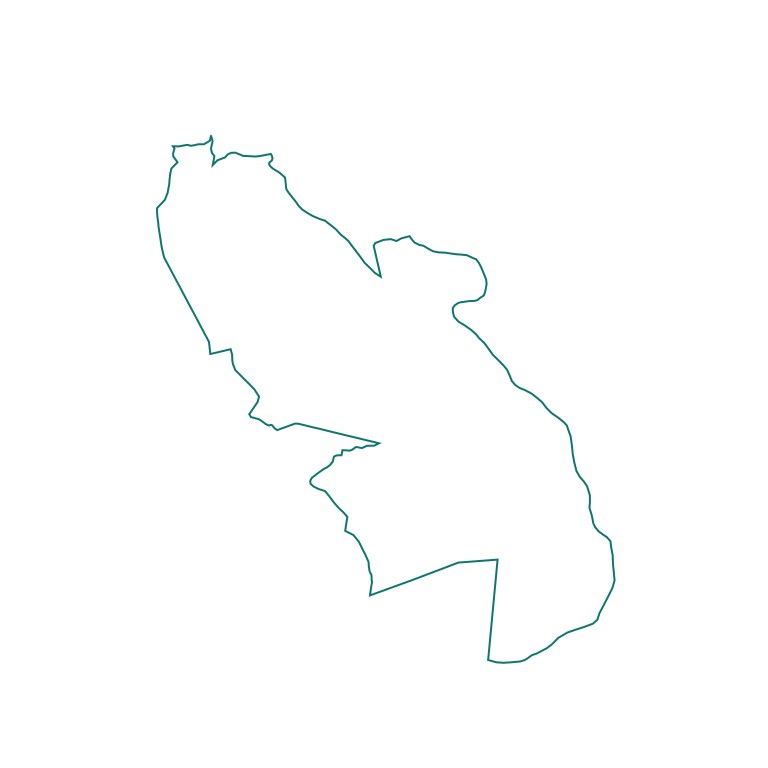 Atlequizayan, Puebla, Mexico, rotated 318°
{"feature_id": "50627088B18003687378579", "entity_name": "Atlequizayan", "entity_type": "district", "adm_level": 2, "iso_a3": "MEX", "parent_name": "Mexico", "parent_adm1": "Puebla", "projection": "robinson", "projection_center": [-97.628, 20.016], "detail": "fine", "context": "isolated", "style": "outline", "palette": "teal", "viewbox_px": 768, "rotation_deg": 318, "n_neighbors": 0, "source": "geoboundaries", "source_scale": "gbopen_adm2", "svg_char_len": 5052}
<svg xmlns="http://www.w3.org/2000/svg" viewBox="0 0 768 768"><g transform="rotate(318 384 384)"><path d="M421.8,83.5L417.4,86.7L412.9,85.8L412.2,85.6L410.7,85.4L408.1,83.1L406.4,81.6L402.6,79.5L399.6,77.5L399.2,76.7L398.1,74.9L394.6,72.6L390.6,70.2L386.2,66.1L385.8,68.9L383.3,70.4L381.4,71.7L379.7,73.9L378.9,81.0L370.1,81.6L369.1,82.4L366.0,84.6L361.4,88.6L357.9,92.0L356.3,93.2L352.3,96.2L351.2,97.1L347.4,99.0L344.5,100.5L342.2,100.7L339.6,100.9L337.2,101.1L332.9,101.5L332.0,102.6L329.9,105.0L327.1,108.6L324.7,112.3L323.1,114.4L322.1,115.7L321.0,117.3L319.6,119.5L319.0,120.3L317.3,123.0L315.0,126.6L313.9,128.2L312.9,129.6L312.6,130.1L310.1,134.0L308.4,137.0L307.9,138.0L307.5,138.6L305.2,143.1L304.1,147.5L303.2,151.2L301.3,158.8L298.1,171.5L296.6,177.8L296.3,178.9L295.4,182.3L291.5,197.9L290.7,201.2L289.6,205.7L287.9,212.6L286.5,218.0L285.9,220.5L285.6,221.6L284.8,224.9L284.0,228.0L283.6,229.9L283.4,230.7L282.6,233.6L282.2,235.4L280.8,237.4L279.4,239.4L279.1,239.8L277.5,242.0L276.5,243.4L275.0,245.5L279.0,247.7L279.5,248.0L293.3,255.5L292.5,257.1L291.1,259.9L290.9,260.3L290.7,260.6L288.4,263.4L287.1,264.9L285.2,267.9L284.3,270.2L283.3,272.8L282.8,274.1L283.2,281.4L283.3,284.2L283.4,286.5L283.8,293.4L284.1,301.0L284.1,301.3L283.2,306.6L282.7,309.8L279.5,311.8L278.0,312.8L263.6,316.3L263.4,317.6L263.0,319.5L264.2,321.4L265.6,323.6L266.2,324.6L267.0,325.6L267.4,326.3L267.7,327.4L268.5,330.6L269.0,333.0L269.3,334.6L269.8,335.9L270.4,337.2L270.9,338.1L271.5,338.3L271.9,338.3L272.4,338.5L272.8,338.9L273.2,339.7L273.2,340.9L273.1,343.0L273.2,344.6L273.5,345.5L273.8,346.8L291.4,353.9L293.6,356.0L298.7,363.4L298.8,363.7L300.7,366.4L302.9,369.6L306.0,374.0L314.4,386.4L322.4,398.1L328.9,407.5L330.9,410.5L332.2,412.4L333.2,413.9L335.3,416.9L338.1,420.9L339.9,423.7L340.6,424.7L335.5,423.3L329.8,418.4L324.8,416.9L323.4,415.2L323.2,414.9L322.2,413.4L321.9,412.9L321.3,412.4L320.5,412.0L319.6,411.9L318.6,411.8L316.6,411.5L316.0,411.5L315.1,411.1L314.6,410.8L313.7,410.5L311.6,408.0L308.8,405.4L304.9,408.4L304.7,408.5L302.1,406.2L300.4,405.1L298.2,404.5L296.4,405.6L295.6,406.3L294.3,407.3L290.0,408.1L285.8,407.8L282.5,406.9L279.6,406.5L275.6,406.1L271.1,405.7L267.5,405.5L265.3,406.2L264.1,407.0L263.9,407.1L263.2,408.2L262.6,409.2L263.1,413.1L264.9,417.7L265.5,418.9L268.5,424.0L268.3,429.5L268.3,429.9L267.5,438.6L267.4,446.0L267.9,451.1L267.9,455.9L267.8,458.3L259.0,465.4L256.9,467.2L259.8,474.8L260.2,475.8L259.8,484.2L255.6,499.4L255.3,500.2L254.1,503.9L253.5,505.8L250.6,509.5L248.5,512.7L247.9,513.7L246.9,517.6L244.0,521.0L243.6,521.6L242.5,523.3L240.3,524.9L232.1,531.7L273.8,548.6L319.8,566.5L350.9,590.5L276.7,658.8L281.2,665.9L286.2,671.1L292.0,675.7L299.4,681.2L303.3,683.1L306.2,683.8L312.5,684.5L317.1,686.5L323.2,688.0L328.2,689.3L334.6,689.8L343.8,689.3L353.9,691.4L363.1,695.3L370.9,698.8L378.9,701.9L384.9,701.9L390.8,698.5L398.1,695.8L408.7,691.8L416.9,688.6L423.9,684.3L433.2,671.7L439.4,664.2L443.3,657.7L447.1,652.3L447.1,646.8L445.8,641.7L444.9,637.0L445.1,631.7L446.3,627.7L450.3,621.0L453.9,613.4L457.7,609.9L462.4,604.6L464.5,600.2L466.5,595.8L467.3,590.1L467.3,584.6L468.8,577.5L472.6,570.2L477.4,562.3L482.2,555.9L487.7,547.7L490.6,540.6L492.1,537.3L492.1,532.9L491.0,525.8L489.1,518.1L488.7,510.6L489.3,503.3L488.5,497.2L487.3,490.0L484.6,482.7L482.1,477.6L480.9,472.7L481.0,467.3L483.0,462.0L485.0,455.7L485.2,449.8L484.9,442.4L484.4,435.2L485.2,428.5L486.0,420.6L485.4,413.6L485.7,409.1L485.0,402.3L483.1,394.1L481.1,387.6L481.1,380.9L483.4,376.6L485.9,373.6L489.2,372.9L493.2,373.4L496.3,374.9L499.2,377.0L502.4,379.1L505.1,381.4L507.8,383.4L509.7,384.2L512.8,384.3L514.6,384.6L517.2,385.0L519.4,384.1L523.4,381.3L527.2,378.3L529.8,374.7L531.8,369.4L533.5,364.6L534.9,360.2L535.6,357.0L535.9,352.8L534.3,349.7L531.7,343.6L527.6,339.1L524.0,335.4L517.6,327.6L512.8,322.9L509.2,318.1L507.3,312.6L505.8,307.6L503.2,304.1L501.4,299.3L501.4,295.1L501.9,291.3L494.4,287.4L489.0,286.1L486.0,280.9L480.1,276.6L474.9,274.6L472.0,273.4L468.8,274.4L453.4,302.1L453.0,300.8L451.6,295.4L451.5,294.6L451.3,290.1L451.1,286.8L451.0,284.9L450.7,280.8L450.8,280.3L451.5,273.3L451.8,270.2L452.1,266.1L452.5,261.5L452.9,256.6L453.2,253.5L452.8,250.1L452.8,249.5L452.2,246.5L451.8,243.9L451.8,243.3L451.8,238.1L451.7,236.5L451.0,231.9L450.9,231.2L450.5,229.2L450.0,226.4L449.5,223.3L448.4,221.4L446.5,218.1L444.9,214.6L443.5,211.6L442.3,208.0L441.6,205.9L441.4,205.1L439.9,199.2L439.9,197.9L439.8,194.3L439.9,193.8L440.4,189.6L440.5,188.7L440.6,186.1L440.8,182.6L440.9,182.0L441.1,178.1L441.7,174.7L441.8,173.8L444.3,170.4L448.6,164.4L447.9,158.2L447.3,155.4L446.6,153.2L446.3,152.2L445.6,149.7L445.5,148.9L445.2,146.0L445.4,145.0L445.8,143.4L447.5,142.7L450.1,142.9L452.0,141.8L452.2,141.6L453.4,139.3L453.8,137.3L443.9,131.3L440.5,128.8L437.6,125.8L435.5,123.7L432.0,120.3L428.4,112.7L425.2,110.0L421.6,108.8L420.4,108.9L417.6,109.3L414.0,107.9L412.7,107.4L410.0,106.3L403.3,106.7L410.4,101.2L410.8,97.1L412.9,93.4L415.3,91.5L418.9,89.1L419.9,87.2L421.8,83.5Z" fill="none" stroke="#0f766e" stroke-width="2"/></g></svg>